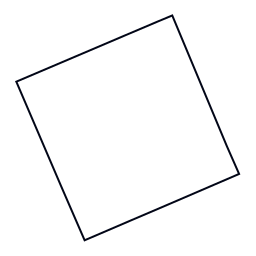 outline of Orange, Indiana, United States of America, rotated 247°
{"feature_id": "52423323B3825841666774", "entity_name": "Orange", "entity_type": "district", "adm_level": 2, "iso_a3": "USA", "parent_name": "United States of America", "parent_adm1": "Indiana", "projection": "natural_earth1", "projection_center": [-86.529, 38.541], "detail": "fine", "context": "isolated", "style": "outline", "palette": "ink", "viewbox_px": 256, "rotation_deg": 247, "n_neighbors": 0, "source": "geoboundaries", "source_scale": "gbopen_adm2", "svg_char_len": 287}
<svg xmlns="http://www.w3.org/2000/svg" viewBox="0 0 256 256"><g transform="rotate(247 128 128)"><path d="M41.6,44.2L41.8,94.7L41.9,136.5L42.3,212.3L73.0,211.9L214.3,212.7L214.4,196.1L214.4,160.4L214.3,43.3L101.4,43.7L41.6,44.2Z" fill="none" stroke="#020617" stroke-width="2"/></g></svg>